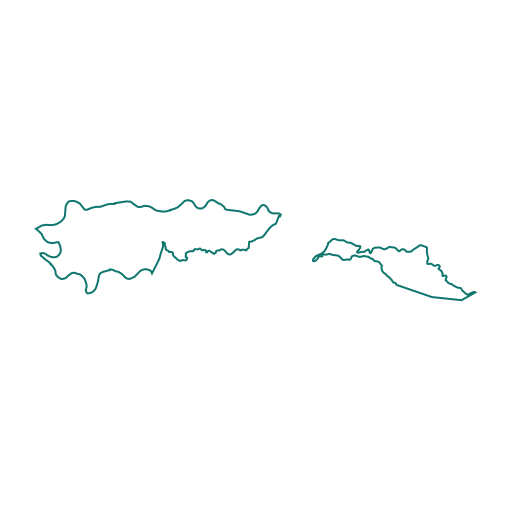 Hatillo De Loba, Bolívar, Colombia (Albers equal-area conic projection), rotated 185°
{"feature_id": "7082276B61387460600045", "entity_name": "Hatillo De Loba", "entity_type": "district", "adm_level": 2, "iso_a3": "COL", "parent_name": "Colombia", "parent_adm1": "Bolívar", "projection": "albers", "projection_center": [-74.128, 8.992], "detail": "fine", "context": "isolated", "style": "outline", "palette": "teal", "viewbox_px": 512, "rotation_deg": 185, "n_neighbors": 0, "source": "geoboundaries", "source_scale": "gbopen_adm2", "svg_char_len": 6103}
<svg xmlns="http://www.w3.org/2000/svg" viewBox="0 0 512 512"><g transform="rotate(185 256 256)"><path d="M385.9,299.2L389.8,299.1L401.3,296.3L401.3,295.6L404.8,295.2L405.3,295.3L408.2,294.6L415.8,291.3L419.7,291.0L423.6,289.8L428.7,287.2L430.9,287.4L436.1,292.9L439.1,294.3L442.2,295.0L444.4,294.8L447.3,294.0L449.1,291.4L449.9,288.8L449.9,279.1L450.9,276.4L453.1,273.5L456.4,271.0L459.7,269.5L463.8,268.8L467.3,268.8L471.8,267.8L477.6,263.9L474.3,261.6L472.6,260.1L471.6,259.4L469.3,255.5L468.5,254.4L466.0,252.4L464.7,251.7L462.7,251.2L460.3,251.1L459.2,251.2L455.4,252.4L454.0,252.5L452.0,249.1L451.3,246.6L451.0,245.0L451.0,243.3L451.6,241.2L453.4,238.7L455.0,237.6L457.6,237.0L460.1,237.2L463.0,238.1L466.5,240.0L468.7,240.3L469.9,240.2L470.4,239.9L470.6,239.1L470.4,238.3L470.7,238.5L470.4,237.6L464.4,233.4L462.0,232.1L460.9,231.2L460.0,230.0L459.8,230.3L457.1,227.5L455.9,226.0L454.4,223.2L454.0,220.8L453.5,219.8L451.7,217.9L449.2,216.6L447.6,216.1L445.9,216.5L444.2,217.2L443.1,218.0L440.4,221.0L439.6,221.4L438.8,222.3L437.8,223.0L436.7,223.3L435.2,223.5L432.4,222.7L429.9,222.4L428.2,221.4L425.8,219.4L424.7,218.1L422.9,214.4L422.2,212.0L422.1,210.1L422.6,207.4L422.1,205.7L421.1,204.3L420.1,204.1L418.4,204.6L416.3,205.5L414.9,206.7L413.8,208.0L412.9,209.7L412.1,212.3L412.0,213.7L411.3,216.0L410.8,222.2L410.4,223.6L409.8,224.9L409.0,225.7L406.9,226.9L400.5,229.2L400.7,229.7L399.2,229.9L397.7,229.8L394.5,228.6L391.7,228.2L389.7,227.3L387.6,226.0L386.6,225.3L385.8,224.3L383.4,222.6L381.9,222.2L380.3,222.1L379.3,222.4L375.1,224.7L370.1,230.9L367.9,232.3L366.1,233.0L363.8,233.3L360.4,232.5L359.1,231.5L358.1,229.6L354.0,239.7L352.0,245.1L351.0,250.7L349.5,256.8L349.6,259.5L350.3,261.5L350.1,261.7L349.1,261.6L348.7,261.3L349.0,261.0L347.9,260.2L348.0,259.3L347.7,259.1L346.7,256.2L346.6,255.1L345.9,254.3L343.7,253.4L343.0,252.9L342.8,252.4L342.1,252.3L341.3,252.6L340.3,252.6L339.5,252.3L338.9,251.3L338.9,250.0L338.5,249.3L337.6,248.4L334.7,246.2L332.8,245.0L331.1,244.5L330.3,244.7L329.2,245.5L326.1,245.4L325.1,245.9L324.5,247.1L324.5,248.3L324.9,248.5L325.8,248.7L326.0,249.2L325.9,251.4L326.2,252.3L325.9,252.8L324.3,254.0L322.7,254.8L320.0,255.3L319.0,255.3L318.6,255.6L318.5,256.4L318.0,257.1L317.5,257.5L314.5,257.5L313.0,258.5L312.3,258.5L310.1,257.0L309.3,257.0L308.4,257.6L307.4,257.5L306.4,257.1L306.2,255.6L305.8,255.3L305.2,255.4L304.2,256.8L302.9,257.2L300.7,255.8L299.0,255.2L298.4,254.6L297.8,254.5L296.3,255.9L296.3,257.1L294.9,258.2L293.1,258.3L292.3,259.0L290.9,259.7L289.4,259.6L288.5,259.2L287.2,258.3L284.7,255.8L283.6,255.3L282.6,255.2L281.2,255.5L279.6,256.9L276.0,260.9L274.2,261.1L272.6,260.6L272.1,260.2L271.7,260.2L271.4,260.7L270.8,261.0L268.5,261.2L267.0,260.8L266.3,260.9L266.4,261.3L264.0,263.4L264.0,269.5L261.2,270.2L259.3,271.4L256.1,273.8L252.7,274.8L251.3,275.5L249.1,278.2L245.9,283.6L244.4,285.6L242.0,288.1L240.5,289.1L239.3,289.6L238.9,290.0L236.7,297.7L235.7,297.4L235.6,297.6L235.9,297.8L235.8,298.0L234.9,299.4L236.8,300.4L242.0,300.0L243.5,300.0L245.7,300.8L247.5,302.2L247.6,302.4L247.4,302.6L248.9,304.9L250.1,306.3L252.3,307.4L253.3,307.5L254.4,307.0L255.3,306.2L256.9,303.9L258.4,300.6L259.7,298.9L261.2,297.8L263.1,297.0L265.1,296.6L266.5,296.7L274.3,298.7L277.5,299.2L288.9,299.5L290.7,300.0L292.3,302.4L296.2,304.9L297.1,305.1L298.0,305.0L299.9,306.2L302.4,307.5L303.8,307.9L305.4,307.8L306.7,307.3L307.8,306.4L308.9,305.1L310.8,301.4L312.1,300.0L313.4,299.0L314.8,298.5L316.4,298.4L318.4,298.8L320.2,299.9L322.5,302.9L323.9,304.5L324.7,305.0L327.6,305.6L328.7,305.7L329.8,305.4L331.8,304.7L335.7,300.2L338.4,297.6L341.6,295.8L345.6,294.3L345.4,294.0L348.5,292.9L350.9,292.3L354.4,292.1L354.5,292.3L356.7,292.3L359.8,292.8L363.8,295.0L366.2,296.0L368.7,296.3L371.5,296.2L375.3,294.7L377.5,294.6L379.1,295.1L382.2,297.1L382.4,297.0L384.8,298.7L385.9,299.2ZM198.9,256.3L198.0,255.8L196.3,256.5L194.7,258.3L193.7,260.6L193.3,261.0L192.7,261.3L190.3,261.3L190.0,261.6L190.1,263.0L189.7,263.5L186.7,263.4L183.1,264.5L181.1,264.0L178.5,263.7L174.8,263.6L172.6,262.7L169.9,260.1L169.4,259.8L168.6,259.7L167.0,259.9L165.0,260.5L162.4,260.4L161.9,260.7L161.4,261.3L160.5,263.9L159.4,264.7L158.2,265.1L157.4,265.2L153.2,264.2L151.4,264.4L148.1,265.5L146.5,265.1L144.4,265.1L143.6,264.9L142.7,264.2L141.6,263.6L139.5,263.2L138.6,262.2L137.4,261.3L134.1,261.1L132.9,260.7L130.0,257.5L129.7,257.0L130.0,255.3L129.8,254.4L129.1,252.4L128.3,251.3L126.9,250.2L125.4,249.3L123.5,247.6L121.6,246.4L120.4,245.4L118.8,244.0L117.1,241.8L116.6,241.5L115.1,241.4L114.2,240.7L113.6,239.5L77.1,230.4L47.4,229.9L34.4,238.8L35.6,239.2L36.2,239.1L38.3,238.0L40.5,236.5L41.5,236.1L42.4,236.1L43.9,236.9L47.5,239.6L48.9,241.7L50.0,242.0L51.8,242.0L52.9,242.2L56.8,243.8L59.0,245.2L61.0,245.4L62.1,246.0L63.6,247.4L64.9,248.3L64.8,249.8L64.3,251.3L64.5,252.4L64.8,252.8L65.2,253.0L66.0,253.0L68.1,252.4L68.5,252.7L68.7,255.0L69.5,256.6L71.0,257.9L72.8,258.9L73.0,259.3L72.8,259.7L72.1,261.1L72.0,261.5L72.2,262.0L72.7,262.5L73.3,262.9L74.3,262.9L76.6,261.9L77.5,261.8L78.3,262.0L80.3,263.3L80.8,263.5L81.5,263.5L83.8,263.0L84.4,263.1L84.7,263.6L85.0,265.2L84.2,267.8L84.2,268.8L85.5,272.4L86.1,275.0L86.3,276.6L86.3,278.7L86.5,279.2L86.9,279.6L92.2,281.1L93.0,281.1L94.3,280.5L97.1,278.1L99.5,276.4L101.6,274.1L104.6,273.4L106.1,273.4L106.8,273.7L108.1,274.9L108.9,275.4L110.5,275.6L111.6,275.1L113.5,273.3L114.0,273.2L114.5,273.4L117.6,276.0L118.3,276.3L119.2,276.5L121.6,276.5L123.2,276.8L124.3,276.4L126.7,274.7L128.5,273.9L129.4,273.9L133.3,275.2L134.5,275.2L138.0,274.6L139.1,274.2L140.0,273.5L140.6,272.7L141.6,269.5L141.9,269.0L142.4,268.8L142.8,269.1L143.2,269.9L144.2,272.1L144.6,272.3L145.3,272.1L148.7,269.5L150.7,269.4L154.4,268.2L155.2,268.3L155.6,268.5L155.6,269.2L153.8,271.5L153.2,272.7L152.8,274.3L152.9,274.7L153.4,274.9L157.3,274.9L161.5,276.9L162.8,277.3L166.3,277.5L170.1,279.2L170.6,279.3L174.2,278.9L175.5,279.0L179.1,279.9L180.5,279.6L181.9,278.7L183.9,276.3L185.3,275.3L185.3,273.5L187.7,267.7L189.0,265.8L191.2,263.9L194.5,262.2L196.1,261.2L197.4,259.8L198.8,257.7L198.9,256.3Z" fill="none" stroke="#0f766e" stroke-width="2"/></g></svg>